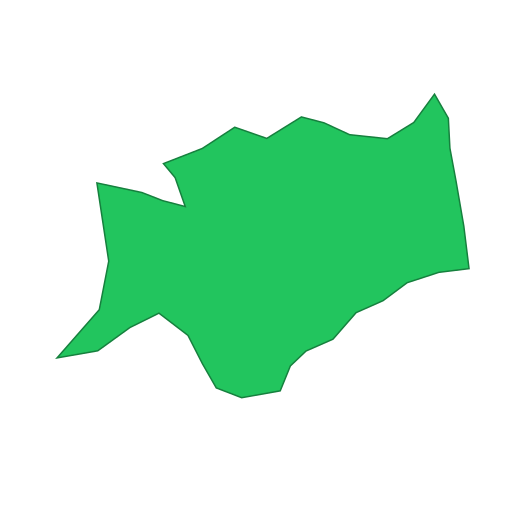 Kazafani, Cyprus (Robinson projection), rotated 353°
{"feature_id": "46923920B35244398471877", "entity_name": "Kazafani", "entity_type": "district", "adm_level": 2, "iso_a3": "CYP", "parent_name": "Cyprus", "parent_adm1": "", "projection": "robinson", "projection_center": [33.356, 35.324], "detail": "fine", "context": "isolated", "style": "filled", "palette": "green", "viewbox_px": 512, "rotation_deg": 353, "n_neighbors": 0, "source": "geoboundaries", "source_scale": "gbopen_adm2", "svg_char_len": 647}
<svg xmlns="http://www.w3.org/2000/svg" viewBox="0 0 512 512"><g transform="rotate(353 256 256)"><path d="M46.1,332.9L87.4,330.8L122.2,311.6L152.7,300.9L178.8,326.5L189.7,356.4L200.5,382.1L224.5,394.9L263.6,392.8L276.7,369.3L294.1,356.4L322.3,347.9L348.5,324.4L376.7,315.8L402.8,300.9L435.5,294.5L465.9,294.5L465.9,251.7L463.7,206.8L461.6,172.6L463.7,142.7L459.8,133.5L452.9,117.1L428.9,142.7L400.7,155.6L363.7,147.0L339.7,132.1L318.0,123.5L281.0,140.6L250.6,125.6L215.8,142.7L175.4,153.0L185.3,168.4L191.8,198.3L170.1,189.7L150.5,179.1L107.0,164.1L109.2,243.2L93.9,290.2L46.1,332.9Z" fill="#22c55e" stroke="#15803d" stroke-width="1.5"/></g></svg>